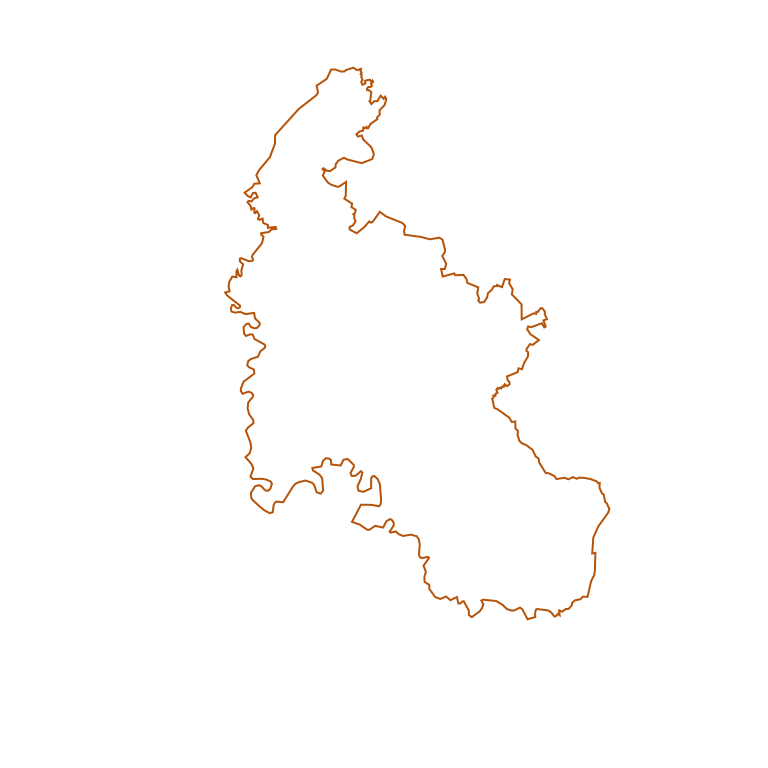 outline of Nong Cong, Thanh Hóa, Vietnam, rotated 146°
{"feature_id": "81297802B57234015442712", "entity_name": "Nong Cong", "entity_type": "district", "adm_level": 2, "iso_a3": "VNM", "parent_name": "Vietnam", "parent_adm1": "Thanh Hóa", "projection": "orthographic", "projection_center": [105.661, 19.616], "detail": "fine", "context": "isolated", "style": "outline", "palette": "amber", "viewbox_px": 768, "rotation_deg": 146, "n_neighbors": 0, "source": "geoboundaries", "source_scale": "gbopen_adm2", "svg_char_len": 6140}
<svg xmlns="http://www.w3.org/2000/svg" viewBox="0 0 768 768"><g transform="rotate(146 384 384)"><path d="M395.3,119.9L396.5,108.7L388.9,106.2L386.7,109.8L384.1,112.0L382.8,111.8L374.4,104.3L373.1,101.2L372.8,96.0L370.9,95.4L368.4,96.3L367.7,94.1L365.4,98.3L363.6,95.6L359.1,95.8L356.6,94.3L352.1,95.5L350.5,97.3L346.8,97.9L341.4,95.7L338.0,96.5L334.3,93.7L322.6,104.7L316.5,108.1L313.4,111.5L303.2,125.8L306.1,127.1L296.4,139.6L286.0,146.1L269.8,152.1L267.0,154.5L266.0,160.8L266.6,162.5L263.7,169.4L264.4,171.2L263.5,177.2L260.5,181.4L261.9,181.9L262.3,184.6L265.8,189.5L270.2,194.0L274.5,197.2L277.2,197.7L279.4,201.1L284.4,201.9L286.9,205.4L294.2,208.8L294.2,212.5L297.7,218.3L299.7,219.7L299.2,232.3L297.5,235.6L298.8,239.2L297.6,246.2L300.2,253.7L302.9,257.8L303.5,261.3L301.7,267.3L299.2,270.1L299.9,273.6L296.1,279.5L299.3,281.1L299.0,286.0L304.0,299.6L305.9,302.4L302.5,311.4L301.0,311.5L299.8,313.3L298.3,311.9L297.1,313.5L294.8,313.3L294.2,316.3L292.0,317.1L291.6,315.8L289.8,316.0L289.2,314.8L288.1,315.7L286.2,314.8L285.8,315.8L285.1,315.1L284.0,316.1L283.3,313.4L279.9,313.6L278.8,315.7L279.4,317.8L277.8,321.5L266.7,319.1L263.7,321.8L261.5,319.1L255.7,323.3L249.3,326.3L246.8,329.7L247.4,332.0L246.1,333.3L240.8,335.5L238.8,333.3L231.0,333.8L234.8,343.6L234.7,349.3L232.4,351.1L229.9,348.7L219.2,346.1L219.5,341.3L217.9,341.1L216.2,347.6L212.7,346.6L211.7,351.8L210.1,354.2L210.4,358.2L211.7,359.3L216.1,357.7L217.5,358.6L218.7,357.1L220.4,358.9L233.7,360.6L225.4,373.1L227.9,386.8L224.3,390.6L224.0,397.5L221.2,400.1L221.9,400.7L225.2,403.5L232.0,398.3L234.8,402.7L235.3,401.9L238.4,403.6L242.0,401.8L246.9,401.2L250.3,398.0L255.1,396.0L258.8,397.6L259.3,400.4L257.5,401.5L256.0,407.1L251.8,411.4L258.3,421.1L256.9,425.1L257.1,430.0L264.1,434.3L263.9,436.4L275.2,440.2L272.4,447.4L269.3,445.4L265.2,448.8L264.1,457.7L260.1,459.1L258.3,461.1L254.8,470.9L256.3,474.4L265.0,478.3L271.4,485.5L283.4,496.2L282.0,499.5L278.1,503.1L278.7,507.2L288.6,521.8L291.2,529.1L302.2,524.9L304.6,525.0L305.4,527.1L312.0,525.2L322.3,524.2L326.1,531.2L324.7,533.4L321.2,532.8L316.5,534.9L316.0,538.2L314.2,540.3L314.5,541.9L312.6,541.9L310.0,544.2L312.1,548.8L309.6,551.3L313.2,559.9L310.5,561.4L302.4,572.7L310.7,572.8L312.3,573.5L316.4,578.8L317.9,582.5L318.2,591.1L314.5,593.1L314.7,596.7L313.5,596.7L311.9,592.5L309.8,590.7L303.2,590.7L301.0,593.3L296.9,594.7L290.7,593.9L288.9,590.7L278.9,579.5L268.0,577.1L263.8,580.3L262.1,587.2L264.5,598.5L263.4,602.4L267.3,603.8L267.2,606.6L262.8,607.0L259.6,605.8L257.7,608.2L256.8,606.8L254.7,606.9L255.2,605.5L254.2,604.9L249.6,607.2L241.3,607.3L240.7,608.9L236.9,609.7L234.6,613.4L227.6,614.9L222.8,618.8L222.5,621.5L224.8,620.6L225.5,624.9L231.4,622.2L233.9,623.9L237.9,623.1L237.9,626.6L237.0,626.5L231.3,633.1L232.2,636.0L233.6,637.0L233.0,638.3L230.9,639.0L229.0,637.7L227.2,638.0L227.1,640.0L224.0,640.6L223.9,642.1L225.6,641.8L225.6,644.2L228.6,645.5L230.5,645.9L231.3,643.6L234.5,644.1L234.0,647.1L231.5,648.5L231.3,651.0L229.8,652.4L230.1,654.0L228.3,654.7L228.5,656.6L226.8,658.1L231.0,659.3L232.4,663.3L240.2,665.6L241.9,665.2L245.1,667.2L248.4,671.9L252.0,674.3L260.8,669.0L273.1,669.0L275.6,662.6L278.8,661.2L300.8,659.7L335.1,651.2L340.0,644.2L351.9,635.8L367.9,631.2L373.0,628.6L374.8,619.8L379.6,622.6L382.9,620.8L392.5,620.6L391.8,615.9L390.2,613.3L385.9,615.6L383.5,614.4L384.3,609.5L388.1,610.6L391.6,609.4L393.9,611.5L395.5,611.1L395.0,606.1L396.4,602.8L393.8,602.9L393.1,602.0L395.7,598.6L395.2,597.7L392.7,598.3L393.1,593.6L396.3,591.1L395.4,589.7L392.2,589.1L394.0,585.0L391.3,580.7L393.0,578.5L386.0,574.8L386.7,572.8L390.8,575.1L394.6,574.4L401.4,577.7L402.2,576.8L401.5,573.4L406.4,569.0L420.7,564.5L422.4,563.3L422.9,560.4L424.0,559.7L427.3,561.2L431.9,568.1L433.5,568.5L434.9,566.0L433.8,562.0L438.5,558.2L441.1,553.9L442.7,553.5L443.5,554.8L441.7,560.8L443.2,560.1L446.6,555.0L449.7,557.9L455.1,555.3L458.3,551.7L460.2,547.2L464.5,548.7L464.6,545.3L459.5,529.3L460.7,528.2L462.6,528.3L463.9,530.2L464.2,533.3L465.8,534.4L469.1,531.9L469.9,529.4L467.9,526.7L462.8,524.1L459.6,519.3L451.9,515.6L454.2,510.5L452.9,504.1L454.0,502.6L457.4,501.5L460.2,502.5L462.4,505.5L462.4,509.8L464.5,510.7L468.8,509.6L471.8,503.9L471.6,501.1L467.0,499.9L465.2,498.3L466.2,493.7L461.0,483.6L461.2,481.8L462.7,480.6L468.1,480.3L473.3,477.1L480.1,479.1L483.6,479.0L486.9,476.0L486.5,473.2L483.8,468.8L485.6,465.2L499.2,464.4L505.4,460.1L506.6,458.2L506.7,455.0L500.6,453.4L498.9,451.1L498.5,448.3L500.0,446.7L506.9,444.6L510.8,439.9L512.7,434.2L512.6,427.2L514.1,424.5L520.7,424.0L524.6,422.6L527.5,410.0L529.8,405.3L533.9,401.8L539.7,400.8L538.6,391.9L539.4,387.1L546.5,381.8L545.8,378.5L538.1,373.6L534.9,370.4L532.5,366.5L532.7,364.0L537.0,360.6L540.1,360.4L542.0,362.3L542.9,367.9L544.3,370.1L548.0,371.3L555.1,368.2L557.6,364.1L557.9,361.8L555.8,353.0L553.9,346.3L550.9,340.8L548.0,339.9L543.2,345.3L540.4,346.8L538.9,346.6L533.7,342.4L517.0,349.8L513.1,350.8L509.7,350.3L502.9,347.8L498.9,342.4L498.3,339.6L500.4,331.8L497.7,328.5L494.1,329.6L488.0,340.4L488.1,344.9L491.3,352.2L490.3,354.5L482.2,350.7L477.4,354.5L473.5,354.9L471.3,353.0L470.5,350.6L472.8,346.8L465.5,340.7L459.9,343.9L456.0,342.1L454.3,333.8L455.4,332.1L461.6,328.9L462.2,325.9L459.0,323.9L451.9,324.6L451.4,322.7L456.5,318.1L463.2,314.0L464.8,309.7L461.4,306.1L452.9,304.8L447.6,312.8L445.4,313.9L443.5,313.2L442.4,308.9L443.4,303.3L450.9,290.1L453.9,286.3L456.5,285.4L461.7,290.6L470.6,296.8L487.6,287.6L482.8,281.1L479.4,272.6L477.7,271.3L470.6,271.3L465.0,265.5L458.8,268.9L454.4,268.6L453.4,266.3L453.7,263.1L455.2,261.2L462.0,258.4L461.4,256.9L456.6,255.1L455.7,251.1L453.1,247.3L446.0,244.1L442.0,239.5L442.0,235.8L444.1,231.0L450.3,223.1L451.1,220.5L450.1,218.6L444.1,216.0L444.0,214.6L452.8,211.3L454.4,204.7L458.4,201.5L461.0,197.2L458.8,192.2L461.0,188.7L460.7,178.7L457.5,174.3L451.4,173.1L449.8,167.6L442.6,166.6L445.1,160.5L443.7,159.4L440.4,159.9L439.4,159.2L440.3,148.9L442.8,144.9L441.6,141.6L432.0,142.0L428.2,143.3L424.8,145.8L424.4,150.0L422.6,149.9L412.4,141.4L409.2,134.7L408.0,128.8L405.2,125.0L402.8,123.5L396.3,122.6L395.3,119.9Z" fill="none" stroke="#b45309" stroke-width="2"/></g></svg>